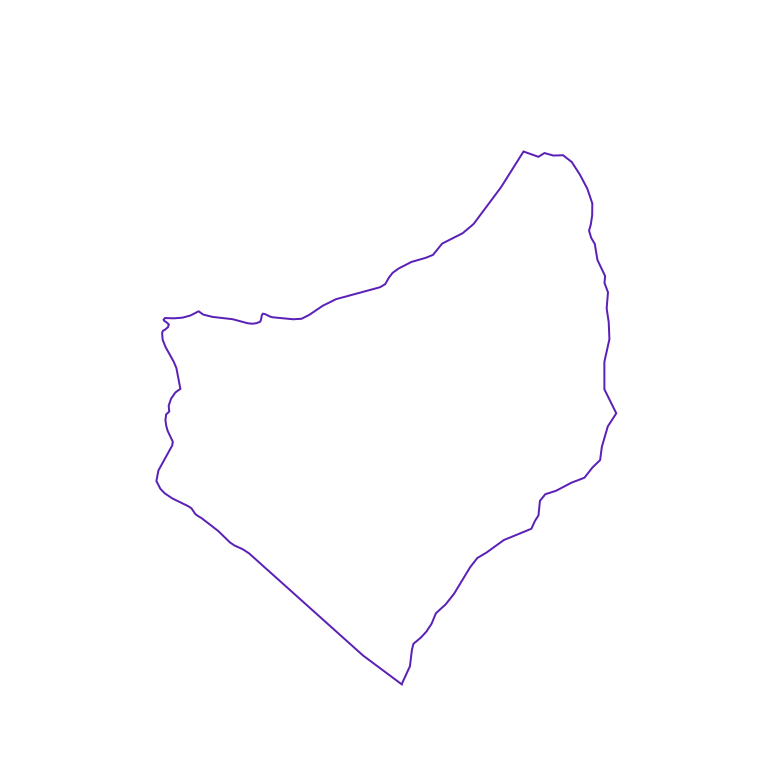 outline of Tanger - Tétouan, rotated 290°
{"feature_id": "MAR-1445", "entity_name": "Tanger - Tétouan", "entity_type": "Region", "adm_level": 1, "iso_a3": "MAR", "parent_name": "Morocco", "parent_adm1": "", "projection": "albers", "projection_center": [-5.386, 35.321], "detail": "fine", "context": "isolated", "style": "outline", "palette": "violet", "viewbox_px": 768, "rotation_deg": 290, "n_neighbors": 0, "source": "natural_earth", "source_scale": "10m", "svg_char_len": 1714}
<svg xmlns="http://www.w3.org/2000/svg" viewBox="0 0 768 768"><g transform="rotate(290 384 384)"><path d="M371.1,155.7L373.9,164.2L377.4,171.9L382.1,178.6L388.9,184.9L388.9,185.0L387.4,190.4L388.4,199.9L393.1,219.5L394.5,235.4L395.7,239.9L397.6,243.4L400.0,246.2L401.8,246.5L407.0,245.7L408.6,246.1L409.0,248.3L408.4,254.1L408.6,256.5L413.8,276.6L417.1,284.2L423.5,290.2L436.5,299.6L447.4,310.0L473.6,347.2L478.3,351.0L485.9,352.3L491.5,354.1L497.6,358.3L508.0,367.9L516.8,380.0L522.1,385.9L535.8,390.6L552.7,406.4L565.1,413.5L609.1,426.7L650.2,435.6L650.2,437.9L650.3,451.4L655.9,455.8L656.6,465.0L660.2,474.0L656.8,484.5L647.8,496.4L637.0,508.3L624.9,518.0L613.8,521.9L604.5,523.8L598.3,524.2L592.2,528.7L587.7,534.2L573.6,542.1L561.0,554.9L554.4,556.6L546.8,563.1L531.1,567.4L519.0,574.0L503.2,580.5L480.2,583.5L454.4,592.9L435.9,612.3L420.7,608.8L399.5,610.2L386.4,613.1L377.0,608.5L364.5,604.4L355.2,593.7L342.5,582.2L335.6,573.3L327.6,570.5L313.3,574.1L307.1,572.7L298.4,572.0L278.4,550.0L260.7,538.0L252.4,531.2L241.3,527.6L211.0,521.6L198.0,517.3L186.4,511.2L175.0,510.7L165.8,508.5L158.4,505.4L149.9,500.5L143.5,501.2L127.7,504.9L109.3,503.4L107.8,503.5L121.7,457.1L178.7,315.1L180.4,307.9L181.1,298.7L182.5,293.3L189.2,278.4L195.7,258.0L196.2,254.8L197.2,251.3L201.3,245.6L202.2,241.8L204.1,224.1L206.3,215.3L209.1,209.6L215.0,203.3L225.6,201.6L253.8,206.0L257.5,205.3L265.8,196.9L269.7,194.0L275.2,191.0L280.8,189.7L284.7,191.6L290.0,189.1L297.3,188.9L304.6,190.8L309.8,194.3L327.9,183.5L333.0,178.8L344.0,166.1L349.7,161.0L356.1,158.0L358.5,158.1L359.9,159.5L363.6,161.6L366.4,161.4L367.6,158.5L368.3,155.6L369.1,154.9L371.0,155.7L371.1,155.7Z" fill="none" stroke="#5b21b6" stroke-width="2"/></g></svg>